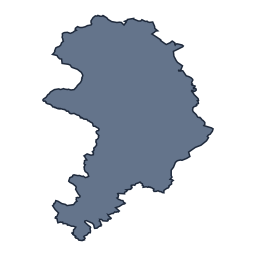 the district of Birr Lea-6, Offaly, Ireland
{"feature_id": "5873133B95472927677681", "entity_name": "Birr Lea-6", "entity_type": "district", "adm_level": 2, "iso_a3": "IRL", "parent_name": "Ireland", "parent_adm1": "Offaly", "projection": "robinson", "projection_center": [-7.878, 53.106], "detail": "fine", "context": "isolated", "style": "filled", "palette": "slate", "viewbox_px": 256, "rotation_deg": 0, "n_neighbors": 0, "source": "geoboundaries", "source_scale": "gbopen_adm2", "svg_char_len": 5697}
<svg xmlns="http://www.w3.org/2000/svg" viewBox="0 0 256 256"><path d="M163.9,192.8L163.9,190.4L166.7,188.4L168.3,187.9L169.1,186.7L168.9,186.1L169.1,185.7L171.6,184.0L171.4,181.8L173.2,180.4L171.8,179.6L170.1,179.3L172.0,177.1L171.2,175.6L171.2,170.2L173.5,167.2L175.4,162.4L177.4,160.7L180.4,160.0L182.0,160.3L186.7,158.4L189.9,156.5L188.6,152.1L195.3,147.4L201.0,145.2L206.5,140.8L208.5,137.6L207.3,136.4L208.3,135.1L210.2,134.2L212.4,131.2L213.1,128.9L211.5,127.9L203.9,125.6L204.8,124.5L204.8,122.4L203.2,120.6L202.1,119.9L200.6,118.0L200.2,118.0L199.9,117.4L198.4,117.4L197.6,117.0L196.2,114.6L193.1,111.6L192.5,109.8L192.9,108.8L192.8,107.9L193.9,106.8L196.4,105.8L196.8,105.4L196.4,104.7L196.6,104.3L198.4,103.5L198.0,101.3L197.4,100.8L198.5,100.4L198.1,98.6L193.9,94.4L193.6,93.6L191.5,91.0L191.8,90.4L192.7,90.6L193.7,91.5L194.8,91.3L196.2,90.1L196.1,89.0L195.4,88.6L193.5,88.7L193.5,87.6L194.6,87.3L195.1,86.1L192.8,85.3L192.3,85.4L191.7,84.5L192.4,84.0L191.7,83.1L191.7,82.1L192.8,80.2L192.7,79.4L191.1,77.8L188.8,76.6L186.2,75.8L182.8,70.8L181.9,70.6L180.9,71.0L178.8,71.0L178.6,70.4L178.0,70.2L180.6,70.4L182.5,65.8L177.5,62.4L176.2,60.6L173.9,56.2L173.4,51.4L182.7,46.8L183.3,46.0L182.1,45.0L177.6,43.9L176.2,43.9L175.2,45.1L174.7,43.9L174.9,43.0L172.4,41.1L171.6,41.4L170.4,42.6L166.2,44.5L160.6,40.6L160.9,40.1L160.0,39.3L151.9,34.0L154.6,32.1L155.5,31.1L157.7,30.8L154.8,28.4L154.6,26.4L152.7,22.0L149.5,22.4L147.8,21.9L147.2,21.2L145.3,21.4L141.9,19.7L140.7,21.0L138.4,21.0L133.7,19.1L133.7,18.4L127.4,19.5L127.1,20.4L124.6,21.3L126.2,22.1L124.0,25.0L121.3,22.4L119.5,22.2L116.9,22.5L111.7,21.6L108.1,19.5L106.8,17.8L104.8,16.6L104.2,16.6L103.7,15.7L102.8,15.6L102.7,16.0L101.5,16.3L99.4,16.2L99.4,15.9L97.8,15.4L97.0,16.1L95.3,15.9L93.1,17.6L90.9,21.1L91.2,21.9L91.0,22.8L91.7,23.8L91.5,24.4L90.9,25.0L87.4,25.6L85.1,26.8L82.2,27.5L79.8,27.5L77.5,26.6L75.4,28.3L75.2,29.5L76.3,30.3L74.6,31.0L73.0,32.3L70.3,33.4L67.4,32.3L64.2,32.6L62.7,33.4L62.3,33.8L62.5,35.3L62.1,37.3L62.9,39.2L62.8,39.9L63.4,41.2L61.5,42.9L60.7,45.2L58.8,46.7L57.5,47.0L55.8,47.9L54.7,50.8L54.9,51.3L53.8,53.1L52.5,54.4L57.0,55.5L58.0,57.2L59.6,58.8L61.6,59.1L62.1,63.4L68.3,64.3L70.3,65.1L71.3,66.8L72.0,67.4L77.4,69.3L81.4,72.4L82.8,75.2L82.4,76.9L81.9,77.6L82.1,78.5L81.6,79.0L81.7,80.2L80.4,82.6L77.3,85.6L76.7,86.8L74.1,89.6L70.9,90.0L68.4,89.2L67.5,89.5L64.6,89.1L63.6,88.6L61.2,89.4L60.1,89.5L58.9,88.9L54.4,89.6L50.5,92.0L49.1,93.9L47.8,94.7L46.1,97.3L43.5,99.0L42.9,99.9L43.0,100.5L43.7,101.2L45.1,101.1L45.7,102.0L46.2,102.2L46.0,102.8L47.3,103.7L50.4,104.4L51.9,105.6L52.7,106.9L54.8,107.2L54.9,107.6L55.9,107.6L56.2,108.1L57.0,108.2L58.1,108.8L58.7,108.4L58.9,108.8L60.0,109.0L60.2,108.5L63.2,109.4L64.7,109.5L64.8,109.8L65.8,110.2L66.4,111.1L68.5,111.3L69.2,112.7L70.0,113.4L70.7,113.4L71.0,113.8L74.1,113.4L77.1,115.0L79.2,115.5L80.1,116.8L80.7,117.1L80.3,117.2L80.4,117.8L82.6,118.1L83.6,119.0L86.9,119.4L88.1,120.9L89.3,121.0L90.1,121.9L91.9,122.7L92.8,123.8L92.9,125.1L93.4,126.2L95.5,126.4L96.0,127.0L98.6,128.4L99.0,129.2L98.6,130.5L97.0,130.8L96.1,131.8L96.4,133.0L98.8,135.4L98.4,136.2L98.7,137.0L98.2,138.2L97.2,139.4L96.0,140.0L96.1,141.4L95.8,141.9L96.6,143.3L96.5,145.5L95.3,146.5L95.0,147.4L94.1,147.6L93.8,148.4L94.0,149.7L93.7,150.7L92.4,151.7L93.4,152.7L93.2,153.1L93.5,153.8L93.2,154.1L93.3,154.7L91.0,155.2L87.1,153.9L84.0,155.9L85.0,156.9L85.1,157.6L86.8,159.9L85.3,160.2L84.5,160.7L84.5,162.1L84.0,163.3L84.4,164.4L85.3,164.7L84.0,167.0L84.3,167.2L84.3,169.2L85.2,171.5L87.7,173.3L88.7,176.3L87.2,177.1L85.3,177.6L83.2,176.1L82.2,176.5L79.6,175.5L77.6,175.6L74.0,174.8L72.7,175.4L72.5,176.6L69.9,177.6L68.8,180.8L68.7,181.2L70.0,182.4L72.9,183.9L75.8,186.3L76.2,187.3L75.6,189.3L78.5,194.3L80.0,195.9L80.0,196.8L78.5,197.7L77.2,197.4L76.3,197.8L76.5,198.2L76.1,199.6L76.9,201.1L76.4,201.1L76.3,201.7L75.5,202.1L73.6,204.6L67.0,205.6L65.4,204.4L61.9,203.6L57.9,201.2L55.8,200.6L55.2,202.4L54.6,203.4L53.9,203.5L53.8,204.7L52.6,205.7L55.2,209.6L58.5,212.9L56.7,216.8L55.7,216.8L55.2,218.0L57.2,219.0L57.3,220.6L57.9,222.8L60.6,222.0L61.0,222.3L62.7,222.2L63.1,223.7L65.1,223.5L67.5,224.3L67.5,225.1L69.0,225.1L71.5,226.2L73.3,226.2L75.8,227.1L74.5,229.1L73.6,229.6L73.3,233.3L72.1,232.8L72.0,233.3L72.8,233.6L72.8,234.4L75.5,236.1L75.3,236.4L75.7,236.6L75.2,237.3L75.9,238.1L77.7,238.5L78.8,240.1L82.1,240.6L83.3,240.2L83.0,240.1L83.6,239.6L84.3,239.6L85.1,238.2L83.8,236.8L84.3,236.0L87.0,234.9L88.7,232.7L90.3,232.7L90.5,230.9L90.0,228.6L90.6,227.7L90.3,226.9L88.2,225.3L84.7,222.0L84.8,221.1L86.4,220.6L92.3,223.2L93.7,224.8L94.4,228.0L94.7,228.4L97.1,228.1L98.9,226.5L100.9,225.9L100.6,225.5L101.5,224.9L100.7,223.9L100.9,223.4L100.5,222.8L100.5,222.0L99.3,221.0L100.0,219.7L99.8,219.4L101.6,219.5L102.8,220.8L107.2,221.1L108.1,220.6L107.9,219.4L109.0,219.0L110.1,219.1L111.1,218.5L111.0,218.0L108.7,216.1L107.9,214.6L108.6,214.9L112.1,213.4L113.0,213.6L114.7,212.0L116.1,212.2L117.2,211.7L118.2,212.0L119.3,211.0L115.6,207.6L119.2,206.5L122.6,204.3L124.7,203.8L125.2,203.2L123.8,202.4L122.9,200.6L120.9,200.4L119.7,199.6L118.6,199.4L117.0,198.0L118.0,197.5L118.3,196.7L118.1,196.1L118.6,195.3L117.6,193.7L118.1,193.4L124.6,193.8L124.5,192.7L124.8,192.2L126.4,191.5L127.2,190.5L126.2,189.8L130.6,189.3L131.1,188.8L131.0,188.3L131.8,188.1L132.1,187.2L131.1,186.2L131.3,185.3L133.6,185.0L134.8,185.3L135.8,183.7L139.0,182.7L139.4,182.2L140.5,182.2L141.0,183.2L142.4,183.8L142.3,185.4L143.0,185.5L143.3,186.1L143.1,187.3L146.3,186.8L147.8,187.3L148.7,186.7L149.1,187.2L150.2,187.1L150.4,187.5L151.2,187.5L153.9,189.1L153.4,190.2L154.0,191.4L156.1,191.4L158.1,190.7L159.5,191.5L161.5,191.8L162.2,192.5L163.9,192.8Z" fill="#64748b" stroke="#1e293b" stroke-width="1.5"/></svg>